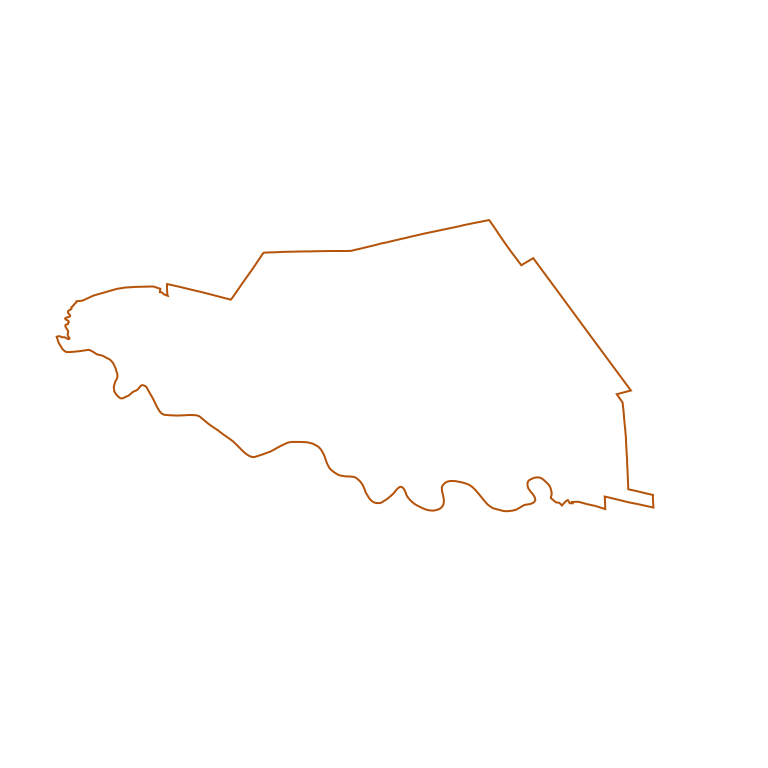 outline of Duc Hoa, Long An, Vietnam, rotated 313°
{"feature_id": "81297802B22890149890322", "entity_name": "Duc Hoa", "entity_type": "district", "adm_level": 2, "iso_a3": "VNM", "parent_name": "Vietnam", "parent_adm1": "Long An", "projection": "equal_earth", "projection_center": [106.359, 10.884], "detail": "fine", "context": "isolated", "style": "outline", "palette": "amber", "viewbox_px": 768, "rotation_deg": 313, "n_neighbors": 0, "source": "geoboundaries", "source_scale": "gbopen_adm2", "svg_char_len": 6022}
<svg xmlns="http://www.w3.org/2000/svg" viewBox="0 0 768 768"><g transform="rotate(313 384 384)"><path d="M486.3,656.4L486.2,656.2L482.8,650.4L478.7,643.1L477.1,640.3L473.6,634.5L485.9,622.0L486.2,621.7L489.9,617.9L492.7,615.0L493.4,614.4L493.5,614.4L497.0,610.7L501.9,605.5L507.9,599.3L510.2,597.1L511.5,595.5L512.5,594.4L513.4,593.5L516.5,590.0L519.6,586.4L521.9,583.9L522.9,582.8L526.2,579.1L527.6,577.6L533.2,571.1L535.3,561.2L547.6,569.0L561.0,497.0L569.8,450.2L577.8,407.3L564.5,403.4L565.7,396.7L567.4,387.0L569.1,378.4L571.7,366.6L573.9,357.4L574.0,356.9L574.2,356.1L575.6,349.1L571.4,346.0L568.2,343.8L563.6,340.4L555.6,334.7L554.9,334.2L550.3,331.2L543.1,326.1L534.7,320.2L532.7,318.8L532.3,318.5L527.6,315.2L521.4,310.8L515.4,306.8L511.0,303.8L509.9,303.0L508.5,302.1L506.7,301.0L502.2,297.9L496.7,294.2L489.3,289.3L485.0,286.2L479.1,282.5L474.6,279.5L467.3,274.7L464.0,272.5L459.0,269.1L458.6,268.8L454.6,264.7L449.8,259.5L444.6,254.0L439.5,248.7L438.1,247.2L434.7,243.7L429.7,238.6L429.1,237.9L424.2,232.8L419.0,227.5L418.3,226.8L413.4,221.7L409.8,218.1L408.4,216.8L403.5,211.9L398.2,206.6L397.5,206.5L396.6,206.5L384.2,208.5L377.0,209.6L369.4,210.6L368.1,210.8L361.2,211.7L347.8,213.7L341.6,214.5L341.3,214.5L341.1,214.3L340.6,213.4L338.4,209.3L332.9,199.1L328.3,190.6L327.7,189.5L325.3,185.2L324.9,184.6L317.2,171.0L317.2,170.9L309.2,157.2L309.0,157.3L307.1,159.0L305.6,160.4L304.3,161.8L302.1,164.0L301.5,164.9L301.1,165.7L300.4,164.2L299.8,162.8L299.8,162.7L299.5,161.4L299.4,158.9L298.3,157.4L301.1,155.5L298.0,148.8L295.3,146.0L285.8,136.3L278.0,128.9L271.3,123.7L260.8,117.4L250.7,111.3L239.3,106.6L234.7,102.7L234.5,102.9L234.3,103.1L234.1,103.2L233.5,103.2L232.5,103.2L231.5,103.1L230.6,103.1L229.7,103.2L228.9,103.3L228.5,103.4L227.8,103.2L227.6,103.1L227.3,103.0L227.2,103.0L226.8,103.1L226.6,103.2L226.4,103.5L226.2,103.9L226.0,104.1L225.7,104.1L225.3,104.1L225.0,104.1L223.9,103.7L222.9,103.3L222.3,103.3L221.8,103.3L221.3,103.6L221.1,103.8L220.9,104.1L220.6,104.5L220.3,105.3L220.3,106.5L220.1,107.7L219.8,108.0L219.6,108.1L219.0,108.1L218.5,107.9L217.5,107.4L216.3,106.7L215.4,106.2L215.1,106.0L214.7,106.0L214.4,106.3L214.2,106.6L214.2,107.0L214.2,107.5L214.4,108.1L214.5,108.7L214.7,109.2L214.8,110.3L214.7,110.7L214.5,111.1L214.3,111.2L214.1,111.4L213.8,111.4L213.4,111.4L213.2,111.4L212.9,111.7L212.5,112.0L212.2,112.0L211.9,111.9L211.7,111.8L211.4,111.5L211.1,111.3L210.9,111.1L210.5,110.9L210.0,110.9L209.7,110.9L209.4,111.1L209.1,111.4L208.9,111.7L208.6,112.1L208.2,113.6L207.6,116.0L207.3,116.8L207.0,117.2L206.8,117.5L206.4,117.8L205.9,118.0L205.5,118.2L204.9,118.5L204.3,119.2L203.9,119.7L203.7,120.0L203.5,120.4L203.4,121.1L203.3,121.5L203.2,122.0L203.1,122.4L202.9,122.7L202.7,123.0L202.4,123.1L202.1,123.0L201.9,122.8L201.7,122.6L201.4,122.2L201.2,121.7L201.0,120.6L200.7,119.6L200.5,118.9L200.3,118.5L199.8,117.8L199.3,117.4L198.7,116.7L198.5,116.3L198.3,115.8L198.1,115.1L197.8,114.3L197.2,113.6L196.5,113.1L195.3,112.4L192.2,118.1L190.3,124.7L190.2,126.6L190.5,129.2L191.1,130.4L193.8,133.1L199.7,138.4L204.7,142.4L207.2,144.4L208.0,145.6L208.4,146.6L208.9,148.5L209.4,150.7L209.7,152.8L210.0,153.9L210.8,155.5L212.3,157.9L213.1,160.0L213.9,163.3L214.4,164.9L214.7,165.8L214.9,167.3L214.9,168.8L214.7,170.5L214.2,172.7L212.4,177.0L209.4,182.1L207.6,184.1L205.6,185.1L201.9,186.0L197.4,188.5L194.6,191.9L194.6,192.0L193.7,195.3L193.5,198.4L193.8,200.9L194.2,201.5L195.3,202.7L198.9,204.0L201.5,205.2L204.7,205.5L207.7,206.0L211.0,207.5L212.4,207.6L214.8,207.5L216.7,207.3L218.0,207.7L218.8,208.6L219.6,210.6L219.8,212.1L219.2,213.9L217.3,219.9L215.5,225.7L212.3,233.9L211.2,237.7L210.8,240.1L210.8,241.7L211.5,244.1L214.1,247.5L219.6,254.0L221.8,256.2L229.0,263.2L233.0,267.9L234.0,269.8L234.5,271.2L234.6,273.4L235.1,282.4L235.6,286.4L237.0,295.1L237.1,296.9L237.5,300.6L237.7,302.0L238.6,308.5L239.1,313.0L239.0,317.1L238.7,327.5L238.7,329.6L239.1,332.5L239.6,334.8L240.7,337.4L242.1,339.0L246.0,341.2L249.6,343.2L254.6,345.7L257.5,347.2L258.3,347.4L268.0,350.6L274.1,353.0L276.1,354.0L276.3,354.2L278.7,356.0L283.9,361.6L289.1,367.7L291.8,372.6L293.2,377.9L293.3,379.4L293.2,381.6L292.9,383.4L291.2,388.6L287.1,396.4L286.2,398.8L285.3,401.6L285.2,403.2L285.2,404.8L285.5,408.1L286.3,412.1L287.0,414.0L288.8,416.8L289.9,418.5L292.5,421.4L294.4,423.8L295.5,425.4L296.1,426.8L296.3,427.7L296.4,428.8L296.5,432.2L296.3,434.5L295.4,437.9L293.5,442.2L292.3,444.3L291.1,448.3L290.2,452.0L290.1,453.1L290.1,455.3L290.9,458.3L292.1,460.0L294.0,462.1L295.7,463.1L299.3,464.0L302.6,464.8L305.5,465.1L306.5,465.3L310.5,465.6L316.1,465.2L318.2,465.4L319.1,465.6L319.8,466.0L320.4,466.5L320.8,467.2L320.9,467.6L320.9,468.4L320.9,469.4L320.7,470.7L319.4,473.8L317.9,476.6L317.3,479.3L316.9,482.4L317.0,487.2L317.6,490.6L319.4,496.6L320.6,499.9L322.6,503.5L325.2,506.6L328.4,508.8L331.0,509.9L332.8,510.2L334.5,510.1L336.5,509.5L338.8,508.1L340.9,505.8L343.3,502.5L345.3,499.4L346.8,497.8L348.0,496.7L349.2,496.2L349.3,496.2L351.1,496.0L353.9,496.2L355.7,496.9L358.3,498.6L361.4,502.1L364.8,507.4L367.0,511.6L368.4,515.2L368.9,518.7L368.9,522.1L368.4,527.1L367.5,533.5L367.0,537.1L366.6,541.6L366.6,542.6L366.9,545.5L367.5,548.5L369.0,551.3L369.7,552.6L371.5,556.0L372.8,558.3L375.0,560.9L379.1,564.4L382.0,566.3L385.7,567.5L390.6,568.9L392.0,569.7L395.7,572.6L398.4,574.0L399.6,574.3L401.1,574.2L402.1,573.9L402.6,573.5L403.9,571.6L404.5,569.9L404.9,568.0L405.3,564.3L406.1,560.8L407.1,558.9L408.5,557.3L409.9,556.3L411.1,555.8L412.8,555.8L414.7,556.4L418.0,557.9L420.1,559.6L421.3,561.1L421.9,561.9L422.3,563.0L422.7,565.4L422.8,567.6L422.8,569.4L422.7,571.9L422.5,573.9L421.6,576.5L419.7,579.6L418.5,581.1L417.4,582.0L414.4,583.7L414.6,589.3L414.9,590.9L416.5,592.9L416.7,593.6L416.6,595.6L416.5,597.0L418.7,596.9L423.0,597.1L424.5,597.6L423.5,601.2L425.4,603.3L426.1,602.1L430.6,606.7L432.2,609.8L434.9,615.0L438.9,621.6L443.4,631.1L447.8,626.8L452.2,622.2L454.4,625.9L464.5,643.9L469.3,651.6L477.4,665.3L483.9,658.5L486.3,656.4Z" fill="none" stroke="#b45309" stroke-width="2"/></g></svg>